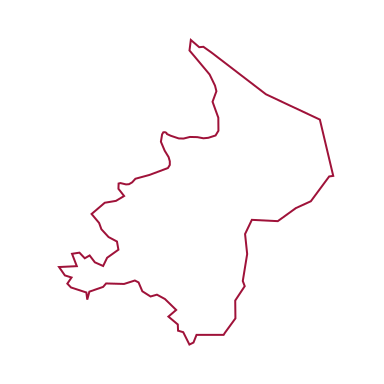 St. Mary, Louisiana, United States of America, rotated 82°
{"feature_id": "52423323B82500281635270", "entity_name": "St. Mary", "entity_type": "district", "adm_level": 2, "iso_a3": "USA", "parent_name": "United States of America", "parent_adm1": "Louisiana", "projection": "equal_earth", "projection_center": [-91.446, 29.674], "detail": "fine", "context": "isolated", "style": "outline", "palette": "rose", "viewbox_px": 384, "rotation_deg": 82, "n_neighbors": 0, "source": "geoboundaries", "source_scale": "gbopen_adm2", "svg_char_len": 1337}
<svg xmlns="http://www.w3.org/2000/svg" viewBox="0 0 384 384"><g transform="rotate(82 192 192)"><path d="M195.7,49.9L138.1,55.3L120.3,82.6L105.5,105.2L56.5,153.4L49.8,160.5L49.6,164.7L41.3,172.0L51.5,174.8L60.4,169.2L78.1,158.2L89.9,154.4L95.6,153.8L105.5,159.1L122.1,155.6L135.0,157.3L139.3,160.8L140.6,168.3L140.4,173.2L138.4,179.1L137.2,186.4L137.9,192.9L137.1,197.7L133.3,205.3L131.1,208.7L129.8,209.2L129.0,210.5L128.9,212.1L130.8,213.6L137.9,215.8L147.3,213.3L154.2,210.3L158.5,209.7L162.1,210.2L164.9,212.5L169.2,231.9L171.0,246.2L174.1,249.9L175.5,253.3L175.3,256.3L173.2,261.6L173.4,263.5L178.6,264.4L186.5,259.8L190.2,268.5L190.5,279.9L199.8,294.5L209.7,288.3L216.3,286.9L225.0,280.9L230.6,273.2L238.9,272.9L245.3,285.2L252.9,290.3L248.1,298.0L240.6,302.2L242.7,307.4L236.4,311.9L236.5,319.4L249.4,316.4L247.8,334.1L256.9,329.5L259.9,323.2L265.4,328.2L269.7,325.1L276.8,310.6L284.0,310.7L276.4,307.5L273.6,293.2L270.6,289.8L273.6,272.1L271.7,260.9L274.1,257.5L283.4,255.0L289.7,247.6L288.8,241.0L294.2,233.7L306.6,224.1L312.1,232.7L321.2,224.5L327.4,225.1L329.6,220.2L342.7,215.8L341.3,211.5L334.1,207.4L337.9,180.6L336.0,179.0L323.2,166.6L305.5,164.3L292.6,152.9L287.2,154.1L261.1,146.0L241.0,145.3L227.9,136.6L232.8,111.1L222.4,91.4L217.7,75.6L195.7,54.0L195.7,49.9Z" fill="none" stroke="#9f1239" stroke-width="2"/></g></svg>